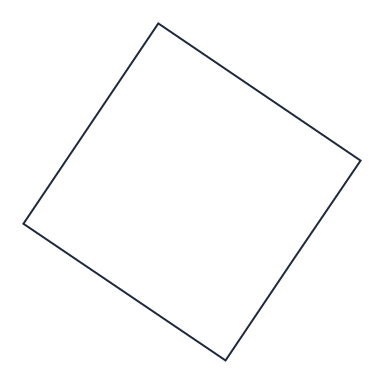 Adair, Iowa, United States of America (Equal Earth projection), rotated 214°
{"feature_id": "52423323B63025537469888", "entity_name": "Adair", "entity_type": "district", "adm_level": 2, "iso_a3": "USA", "parent_name": "United States of America", "parent_adm1": "Iowa", "projection": "equal_earth", "projection_center": [-94.471, 41.331], "detail": "fine", "context": "isolated", "style": "outline", "palette": "slate", "viewbox_px": 384, "rotation_deg": 214, "n_neighbors": 0, "source": "geoboundaries", "source_scale": "gbopen_adm2", "svg_char_len": 245}
<svg xmlns="http://www.w3.org/2000/svg" viewBox="0 0 384 384"><g transform="rotate(214 192 192)"><path d="M314.2,312.9L314.0,71.4L70.0,71.1L70.2,191.6L69.8,312.3L192.3,312.6L314.2,312.9Z" fill="none" stroke="#1e293b" stroke-width="2"/></g></svg>